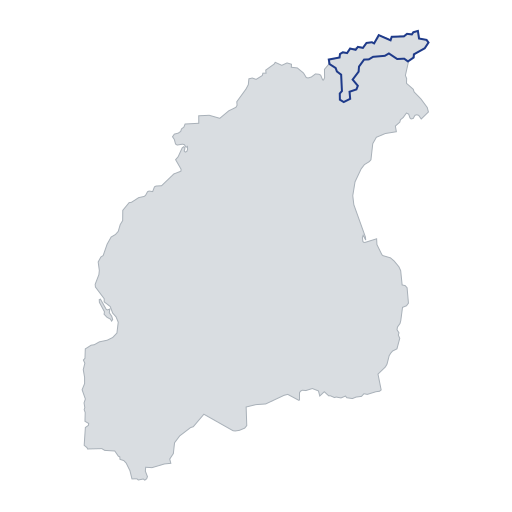 where West Azarbaijan sits in Iran, rotated 89°
{"feature_id": "IRN-3237", "entity_name": "West Azarbaijan", "entity_type": "Province", "adm_level": 1, "iso_a3": "IRN", "parent_name": "Iran", "parent_adm1": "", "projection": "orthographic", "projection_center": [44.982, 37.874], "detail": "coarse", "context": "in_parent", "style": "outline", "palette": "blue", "viewbox_px": 512, "rotation_deg": 89, "n_neighbors": 0, "source": "natural_earth", "source_scale": "10m", "svg_char_len": 4282}
<svg xmlns="http://www.w3.org/2000/svg" viewBox="0 0 512 512"><g transform="rotate(89 256 256)"><path d="M240.9,135.1L246.7,134.9L256.9,130.1L257.8,129.2L260.2,121.6L263.5,117.9L269.3,113.3L273.2,111.6L287.5,110.4L288.2,107.4L290.4,105.5L305.8,104.4L308.4,106.4L309.9,110.4L323.2,112.4L326.0,113.2L329.5,115.8L332.2,116.3L335.3,114.4L337.5,115.1L340.8,113.7L351.3,116.7L353.4,121.1L355.5,123.0L358.0,124.6L366.4,126.9L369.1,128.5L376.2,136.1L392.1,133.2L393.4,134.9L393.8,138.5L396.3,147.1L395.6,150.5L398.2,153.0L398.8,158.4L400.2,162.1L399.3,167.7L397.6,169.0L399.4,173.5L398.4,178.3L398.9,180.0L397.0,184.2L397.1,185.7L392.9,190.1L397.1,194.7L392.0,195.9L389.5,202.0L391.4,208.5L391.0,212.0L391.9,213.8L393.4,214.9L400.7,215.0L401.0,215.8L394.9,226.7L395.8,230.4L404.1,248.9L404.6,258.7L406.8,268.5L425.4,268.2L427.9,270.3L430.0,275.6L430.6,279.8L430.3,282.0L413.3,310.9L425.6,321.7L426.4,324.4L434.5,335.4L441.3,340.7L452.1,342.1L457.5,345.8L461.8,344.8L462.3,351.1L465.8,363.7L465.3,370.0L469.2,370.4L474.7,368.4L476.8,369.2L478.2,371.1L477.0,372.6L477.9,377.6L476.7,379.0L476.7,383.9L468.4,385.8L460.8,389.4L458.2,391.8L457.0,395.5L454.4,395.7L453.8,397.1L448.5,400.6L447.7,410.7L445.9,413.5L446.0,427.8L444.8,428.2L442.3,431.1L424.5,429.6L422.4,426.5L420.5,426.2L418.3,429.9L409.5,429.5L406.6,430.5L404.6,429.8L399.9,430.5L396.0,429.1L386.7,432.2L380.6,429.6L374.3,429.5L366.6,430.7L360.2,429.0L357.0,430.4L355.3,428.8L345.9,428.3L342.3,422.4L341.9,419.3L339.1,414.1L337.6,406.2L335.0,400.7L330.6,396.4L319.8,394.9L314.4,397.0L310.6,400.3L304.0,402.6L299.2,408.6L296.1,408.5L284.2,417.1L281.5,417.3L271.9,413.4L267.7,412.9L259.2,413.9L254.3,411.1L252.9,408.8L241.5,404.6L234.5,400.5L232.1,396.2L229.0,393.3L222.2,391.2L218.3,388.7L208.0,388.4L200.4,381.9L200.2,379.7L195.6,372.3L194.5,366.8L193.5,365.4L189.8,363.3L189.2,361.8L189.8,358.2L185.1,356.3L184.3,354.7L184.1,349.2L172.5,336.7L169.9,329.6L167.9,329.4L158.3,334.7L155.4,332.1L146.6,327.9L145.4,326.2L147.5,325.2L149.7,326.0L150.9,324.9L150.3,323.4L148.2,322.5L145.2,322.7L146.1,324.1L143.4,325.7L142.9,327.5L143.7,332.9L142.6,334.5L138.1,335.6L135.3,337.4L132.7,335.5L131.8,331.6L130.1,329.1L127.7,328.3L125.8,325.8L122.8,324.6L122.3,310.9L114.8,310.8L114.5,300.3L117.7,289.8L110.3,280.6L107.0,273.5L105.0,272.3L101.4,272.5L88.9,263.1L84.6,260.7L78.7,260.0L78.0,256.6L79.4,252.8L76.5,247.9L75.6,246.5L73.3,245.9L73.4,242.8L70.3,243.0L64.4,234.5L62.7,233.4L65.8,226.9L63.5,221.6L64.9,217.2L67.9,217.4L68.7,211.4L73.9,205.3L78.5,202.6L78.9,200.8L78.0,197.5L75.0,193.4L75.4,189.9L76.3,188.2L81.1,186.3L81.3,185.5L79.0,184.3L70.6,184.3L66.0,180.3L61.7,179.3L59.1,170.3L58.4,169.2L56.3,168.9L55.1,167.2L54.4,161.2L51.4,158.5L49.0,149.6L48.8,147.5L49.6,145.5L45.0,141.7L44.4,135.8L45.3,134.4L40.1,130.1L37.7,129.8L37.5,129.1L41.1,119.9L42.5,117.8L39.4,116.4L39.4,111.9L38.6,108.1L38.9,104.5L36.9,101.9L36.3,100.3L37.0,96.3L35.0,94.4L33.9,90.1L41.4,89.0L42.8,82.5L45.5,79.9L50.2,83.0L56.8,93.5L60.8,96.5L63.8,100.0L78.1,103.5L81.1,102.3L86.0,102.5L92.0,95.9L94.8,95.0L101.8,88.4L110.5,82.2L115.0,81.1L121.9,88.4L118.2,90.9L117.6,92.8L118.1,94.6L121.2,96.4L121.7,98.5L120.7,99.6L116.8,100.9L115.7,103.1L120.1,106.4L122.3,109.2L124.7,109.9L128.5,114.4L134.2,113.5L135.8,124.6L139.4,133.6L145.7,137.3L161.8,139.4L163.6,141.1L166.5,146.0L170.8,149.4L183.6,155.7L197.4,158.2L206.4,157.3L238.9,146.3L242.0,146.0L237.2,148.5L239.2,149.3L243.4,148.9L244.3,147.9L244.3,146.6L240.9,135.1ZM316.6,402.6L314.7,406.0L311.6,408.9L309.1,408.5L299.6,413.4L296.9,413.5L296.4,412.3L306.9,406.6L307.3,405.4L306.5,403.1L310.1,403.7L313.8,401.3L317.0,400.4L318.6,401.5L316.6,402.6Z" fill="#d9dde1" stroke="#a8b0b8" stroke-width="1"/><path d="M45.6,79.8L51.3,83.7L57.1,94.6L60.3,94.9L64.1,100.7L61.3,104.4L61.5,111.4L55.8,119.6L58.1,123.7L58.9,135.5L61.4,139.8L61.5,144.5L68.4,149.7L73.5,150.2L81.3,156.3L87.6,151.2L91.2,152.7L93.4,159.6L100.5,159.1L103.6,165.6L101.2,169.4L95.0,169.4L92.6,167.2L76.2,167.7L72.9,171.9L69.4,173.1L65.4,179.1L60.8,179.8L59.0,169.0L55.5,168.5L53.8,165.6L54.7,161.4L50.2,158.3L51.6,152.8L48.7,150.5L49.8,145.5L44.9,141.8L44.3,136.4L45.5,134.2L37.3,129.4L42.7,117.7L39.2,116.5L39.0,104.3L36.5,101.1L37.2,96.3L35.0,94.8L33.8,90.2L41.4,89.2L42.9,81.7L45.6,79.8Z" fill="none" stroke="#1e3a8a" stroke-width="2"/></g></svg>